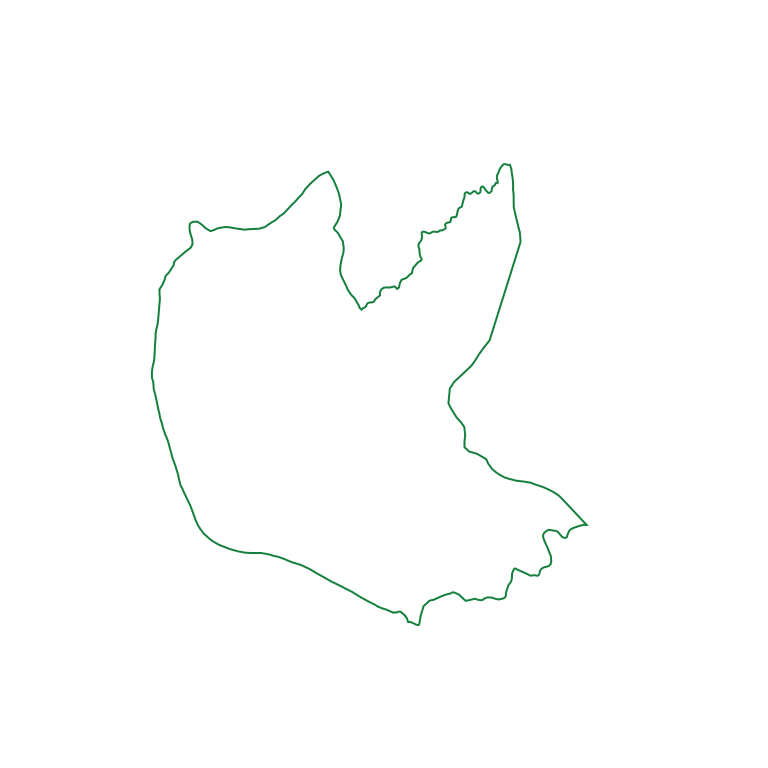 Xieng Ngeun, Louangphrabang, Laos, rotated 322°
{"feature_id": "54806243B25944960154772", "entity_name": "Xieng Ngeun", "entity_type": "district", "adm_level": 2, "iso_a3": "LAO", "parent_name": "Laos", "parent_adm1": "Louangphrabang", "projection": "natural_earth1", "projection_center": [102.356, 19.612], "detail": "fine", "context": "isolated", "style": "outline", "palette": "green", "viewbox_px": 768, "rotation_deg": 322, "n_neighbors": 0, "source": "geoboundaries", "source_scale": "gbopen_adm2", "svg_char_len": 6166}
<svg xmlns="http://www.w3.org/2000/svg" viewBox="0 0 768 768"><g transform="rotate(322 384 384)"><path d="M456.9,619.8L453.5,582.3L452.6,577.9L450.8,573.0L447.6,566.3L445.8,563.0L441.3,556.3L439.0,552.3L434.9,547.8L428.5,541.4L425.9,537.9L424.6,536.4L421.4,531.7L419.6,527.6L417.9,522.7L416.9,517.6L417.1,510.9L418.3,506.2L414.3,496.2L409.5,489.6L408.5,483.4L411.5,479.5L416.6,474.1L420.8,467.3L421.1,462.0L420.6,455.3L421.7,444.7L422.9,438.9L433.1,428.1L440.3,425.6L464.3,423.4L472.4,420.9L476.6,419.3L482.9,417.3L494.1,414.6L579.1,356.1L583.1,350.2L584.6,347.7L585.4,345.6L591.8,331.5L595.0,324.8L597.1,321.9L601.6,316.1L603.7,313.1L605.3,310.3L607.5,307.7L610.7,303.2L612.6,300.1L613.8,297.8L616.5,293.4L617.9,289.7L618.1,288.9L617.9,288.9L617.2,288.5L615.3,285.9L614.4,285.0L613.5,284.5L612.9,284.5L612.2,284.6L611.2,284.9L609.4,285.1L609.0,285.4L607.3,286.0L603.9,288.1L601.7,289.1L600.3,290.5L599.1,292.3L598.9,293.0L598.5,294.1L597.4,295.5L597.1,295.3L596.2,294.5L595.8,294.5L595.4,294.6L594.7,295.1L594.0,295.4L593.0,295.6L591.0,295.3L590.6,295.5L589.2,296.5L588.1,297.8L587.4,298.2L586.6,298.3L585.2,298.4L584.5,298.3L584.1,297.8L583.7,297.2L583.7,295.4L583.5,294.2L583.7,290.7L583.6,289.5L583.4,289.1L582.5,288.7L581.5,288.8L580.6,289.4L580.0,289.9L578.4,291.9L577.7,292.2L576.9,292.3L576.2,292.3L575.4,291.9L574.9,291.3L574.7,290.4L574.7,289.1L574.5,288.3L574.2,287.9L573.3,287.4L572.8,287.3L570.3,287.5L569.0,287.2L568.6,286.9L568.3,286.4L568.2,285.2L567.7,284.3L566.8,283.6L566.2,283.5L565.5,283.5L565.0,283.6L564.5,283.9L563.2,285.5L562.2,286.5L560.9,287.4L560.1,287.8L558.7,288.8L557.9,289.6L556.5,290.4L555.1,291.8L554.5,292.1L553.7,292.1L552.2,291.7L551.5,291.7L550.9,291.7L550.2,291.9L549.5,292.3L548.9,292.7L546.3,295.0L544.3,296.4L543.9,296.6L543.4,296.6L543.0,296.4L540.6,294.8L539.8,294.5L539.2,294.5L538.9,294.6L538.0,295.6L537.2,296.1L536.6,296.8L536.1,297.1L535.5,297.1L534.1,296.3L532.6,295.7L531.2,295.6L530.2,296.1L529.9,296.5L529.7,296.9L529.5,297.9L529.0,298.7L528.7,299.0L527.7,299.3L526.9,299.4L525.1,298.8L523.9,298.6L523.3,297.9L522.4,297.4L521.9,297.3L520.5,297.4L520.1,297.3L519.1,296.6L517.0,294.6L516.2,294.1L515.8,293.9L513.9,293.8L512.8,293.5L512.0,292.8L511.6,292.4L510.7,290.9L510.0,289.4L509.5,288.8L508.6,288.1L508.1,287.8L507.6,287.8L507.1,287.9L506.7,288.2L506.0,289.1L505.1,290.8L504.3,291.9L502.3,293.3L501.3,293.9L498.2,294.8L497.2,295.3L496.8,295.7L495.8,296.9L495.1,298.8L494.2,300.6L492.0,303.9L491.7,304.5L491.1,306.2L490.7,308.2L490.3,309.0L489.7,309.4L488.2,309.5L486.2,309.1L485.1,309.1L480.2,310.2L478.6,310.3L476.6,311.8L474.4,313.8L471.3,313.7L466.7,314.2L462.0,312.7L458.7,314.2L455.2,317.2L452.9,317.2L452.8,315.4L452.3,313.5L447.9,311.5L445.5,309.5L443.0,307.9L440.0,307.8L437.1,309.3L435.5,311.7L429.1,311.9L428.4,312.1L427.8,312.6L427.0,312.8L426.3,312.8L425.3,312.6L422.8,310.9L421.9,310.5L421.3,310.4L420.4,310.4L419.8,310.5L417.3,311.8L416.1,311.8L413.9,311.3L412.1,311.5L412.2,310.9L412.0,310.2L411.6,309.4L411.6,308.8L412.2,307.7L412.5,306.4L413.0,302.2L413.5,299.9L413.5,297.6L413.3,295.8L413.1,292.8L413.2,291.4L413.4,288.4L413.7,286.4L414.4,284.2L417.1,271.6L419.1,267.9L421.9,264.5L428.0,259.1L433.0,255.4L435.9,252.2L439.4,246.3L440.7,236.0L440.0,231.9L440.8,229.8L447.2,227.5L452.5,224.5L460.7,216.3L463.5,210.8L465.9,205.7L467.9,199.4L469.8,191.9L470.8,182.4L469.9,182.0L465.1,180.6L460.9,180.0L449.0,180.8L443.4,181.8L442.0,181.9L436.7,183.9L430.7,184.7L427.7,185.3L424.4,185.8L422.6,185.9L415.0,187.1L410.2,187.9L405.5,187.6L399.1,188.0L392.0,187.2L386.9,187.0L383.2,185.6L380.5,184.3L373.1,179.0L369.3,176.7L362.9,170.1L360.4,167.3L358.1,164.7L355.2,162.4L351.1,160.0L347.8,158.6L344.9,158.0L341.4,156.7L339.3,151.3L338.7,147.3L337.7,143.2L336.6,140.9L333.2,138.6L330.7,138.1L328.9,138.8L326.5,141.8L325.0,144.2L323.7,147.1L321.9,152.0L319.3,155.8L315.8,157.6L311.2,157.5L306.6,157.6L300.4,157.9L296.4,158.0L293.3,158.9L291.5,160.8L283.1,163.8L280.2,164.1L278.2,164.6L275.4,166.7L270.5,169.4L265.3,171.2L262.2,175.3L260.3,178.4L245.6,194.3L242.0,197.8L237.7,201.2L235.1,203.6L232.4,207.0L227.8,212.0L223.4,217.2L217.6,223.7L212.5,227.8L209.0,231.1L205.1,236.0L203.2,240.7L199.4,246.3L197.1,251.8L193.6,259.0L190.3,265.5L189.2,268.1L186.8,272.7L184.6,278.6L182.9,282.2L180.6,288.8L179.9,291.7L178.4,296.5L171.7,312.3L168.9,321.0L166.0,328.5L164.1,332.3L161.3,338.5L160.8,341.7L159.6,346.4L156.4,361.0L154.7,366.4L151.5,376.1L150.4,381.2L149.9,385.7L149.9,390.8L151.1,398.1L152.1,402.1L155.0,409.2L161.0,419.3L165.8,425.8L170.7,431.4L175.5,435.6L179.7,438.8L183.0,441.4L185.3,443.9L188.5,447.5L191.4,451.7L194.4,455.3L197.3,459.9L201.6,467.6L204.8,472.1L207.3,475.8L209.1,479.3L211.5,484.2L213.1,488.2L214.5,492.0L217.5,498.9L220.8,507.0L225.6,516.8L227.8,521.8L230.7,527.8L234.6,538.3L238.2,546.6L240.6,551.5L242.1,555.5L244.3,559.4L246.7,562.8L250.7,570.2L251.7,570.4L253.0,571.8L254.9,572.1L255.5,572.5L256.5,573.5L257.1,573.9L257.0,574.7L257.7,577.1L257.8,578.1L257.8,578.8L258.2,579.5L257.7,580.3L257.9,582.6L256.7,585.6L256.5,586.6L257.2,586.8L258.5,588.1L261.6,594.1L262.6,595.1L263.5,595.2L265.2,593.8L270.2,589.2L278.3,583.5L286.2,582.8L287.5,583.2L290.2,584.6L300.0,587.0L305.0,588.8L306.7,589.8L309.6,590.3L310.8,591.3L311.7,592.9L313.4,596.0L314.5,603.3L314.8,604.7L315.6,605.6L323.4,609.2L324.7,611.2L326.6,613.5L327.8,614.4L329.1,614.9L331.3,614.9L334.4,616.0L337.3,618.6L340.5,623.1L341.9,624.5L344.9,626.0L346.8,626.6L348.1,626.6L349.4,626.0L351.7,623.5L353.2,622.4L358.3,619.1L360.5,618.6L362.7,617.8L364.9,616.1L368.1,612.3L370.3,611.0L372.2,610.0L373.4,609.9L374.0,610.4L374.5,611.7L379.9,621.9L381.1,624.7L382.2,625.8L384.2,626.8L385.2,627.7L387.0,629.7L388.0,629.9L389.2,629.5L391.9,627.3L393.6,626.7L395.7,626.6L397.9,627.2L400.2,628.4L401.7,628.8L404.0,628.7L405.5,627.8L406.7,626.6L409.5,622.4L412.1,613.5L413.6,607.1L415.1,602.7L416.3,601.1L417.7,600.2L419.6,599.8L422.5,599.9L424.2,600.5L425.3,601.6L428.7,605.3L429.6,606.6L430.0,608.4L430.2,613.5L430.5,614.9L431.2,616.0L432.2,616.9L433.2,617.2L434.0,617.1L436.2,615.5L438.9,614.1L440.2,613.5L442.0,613.5L444.8,614.1L449.7,615.8L454.2,617.6L456.9,619.8Z" fill="none" stroke="#15803d" stroke-width="2"/></g></svg>